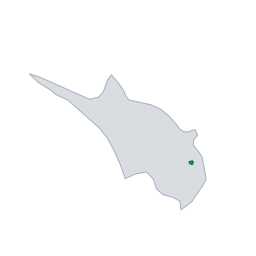 Mousere, Paphos, Cyprus (highlighted), rotated 239°
{"feature_id": "46923920B16150437689727", "entity_name": "Mousere", "entity_type": "district", "adm_level": 2, "iso_a3": "CYP", "parent_name": "Cyprus", "parent_adm1": "Paphos", "projection": "robinson", "projection_center": [32.705, 34.764], "detail": "fine", "context": "in_parent", "style": "filled", "palette": "green", "viewbox_px": 256, "rotation_deg": 239, "n_neighbors": 0, "source": "geoboundaries", "source_scale": "gbopen_adm2", "svg_char_len": 1407}
<svg xmlns="http://www.w3.org/2000/svg" viewBox="0 0 256 256"><g transform="rotate(239 128 128)"><path d="M179.7,135.2L182.1,141.1L172.2,142.9L162.3,143.5L156.8,142.7L151.7,143.1L135.7,160.0L127.1,165.8L116.9,169.3L106.4,171.3L101.2,171.6L96.6,173.7L93.3,177.7L93.2,181.5L91.9,184.7L86.1,184.0L83.7,177.8L79.7,175.2L69.5,176.5L64.6,176.4L48.3,170.5L43.4,168.1L40.4,163.0L32.0,144.8L30.6,131.3L38.4,134.8L45.7,130.6L52.7,123.8L61.0,121.0L66.3,122.2L71.4,123.4L80.7,121.2L84.7,111.1L86.0,99.5L101.8,102.8L117.7,104.5L130.8,105.1L143.6,103.2L182.9,90.8L194.0,83.4L200.9,80.9L212.9,74.7L225.4,71.3L217.4,78.4L172.5,109.7L169.6,119.0L171.7,125.4L178.1,133.2L179.7,135.2Z" fill="#d9dde1" stroke="#a8b0b8" stroke-width="1"/><path d="M65.1,166.4L65.3,166.4L65.6,166.4L66.0,166.1L66.3,166.0L66.4,165.9L66.5,166.0L66.8,166.0L66.8,165.8L66.6,165.6L66.6,165.3L66.7,165.1L66.8,165.0L66.9,164.8L67.0,164.7L67.0,164.3L66.9,164.1L67.1,163.8L67.2,163.7L67.3,163.6L67.6,163.4L67.6,163.2L67.3,163.2L67.1,163.1L66.9,163.0L66.7,162.9L66.6,162.7L66.4,162.6L66.2,162.7L65.7,162.5L65.5,162.9L65.4,163.1L65.2,163.3L65.0,163.6L64.9,163.8L64.6,164.0L64.3,163.9L64.0,163.9L64.0,164.0L63.9,164.2L63.8,164.4L64.1,164.4L64.3,164.3L64.5,164.3L64.8,164.5L64.7,164.6L64.4,164.6L64.6,164.7L64.7,164.8L64.7,165.0L64.8,165.1L65.0,165.4L64.9,165.5L64.8,166.0L65.0,166.3L65.1,166.4Z" fill="#22c55e" stroke="#15803d" stroke-width="1.5"/></g></svg>